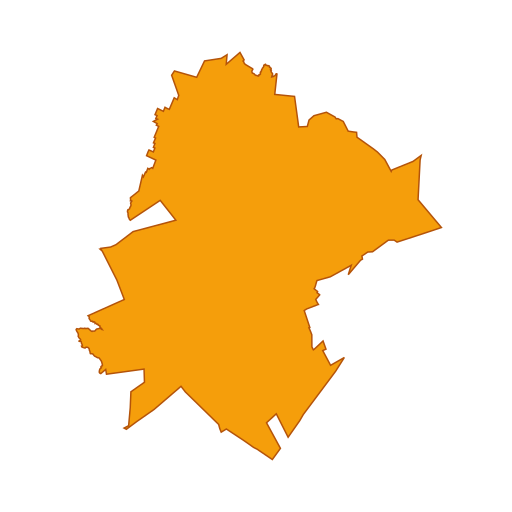 the district of Nuevo Ideal, Durango, Mexico, rotated 353°
{"feature_id": "50627088B12062769498923", "entity_name": "Nuevo Ideal", "entity_type": "district", "adm_level": 2, "iso_a3": "MEX", "parent_name": "Mexico", "parent_adm1": "Durango", "projection": "robinson", "projection_center": [-105.12, 24.837], "detail": "fine", "context": "isolated", "style": "filled", "palette": "amber", "viewbox_px": 512, "rotation_deg": 353, "n_neighbors": 0, "source": "geoboundaries", "source_scale": "gbopen_adm2", "svg_char_len": 5714}
<svg xmlns="http://www.w3.org/2000/svg" viewBox="0 0 512 512"><g transform="rotate(353 256 256)"><path d="M443.5,250.3L423.7,219.9L430.6,180.6L432.2,176.3L423.5,181.2L401.3,187.2L400.5,188.5L395.6,175.9L389.2,167.6L385.6,164.0L370.7,150.4L370.9,145.5L367.7,144.7L362.7,143.3L359.0,133.1L354.0,129.6L352.3,129.6L351.4,127.7L343.4,121.9L330.6,123.8L325.2,127.5L322.7,133.7L314.1,133.1L313.7,102.3L294.3,97.9L299.0,77.9L298.5,77.6L298.2,77.6L297.9,78.0L297.6,78.3L296.9,79.3L296.5,79.4L296.3,79.5L295.6,79.5L295.4,79.7L295.1,80.0L294.2,79.8L293.9,80.0L293.7,80.2L293.4,80.2L293.9,79.1L294.0,78.7L294.3,78.3L294.7,77.4L294.3,76.4L293.6,75.4L293.6,75.2L293.5,74.5L293.4,74.3L293.7,73.9L293.3,73.6L293.4,73.3L293.1,72.9L293.6,72.6L293.8,72.5L293.8,72.3L293.8,72.0L293.9,71.7L293.6,71.2L292.9,70.7L292.5,70.5L292.5,70.3L292.6,70.1L292.4,70.0L292.4,69.5L292.2,68.9L291.7,68.8L291.5,68.6L291.3,68.5L291.1,68.5L290.8,68.6L290.7,68.6L290.0,68.1L289.9,67.9L289.4,68.0L289.2,68.0L289.0,67.8L288.8,67.6L288.7,67.3L288.7,66.9L288.2,67.0L287.9,67.3L287.4,67.3L287.0,67.7L286.9,67.9L287.0,68.4L286.7,68.6L286.5,69.1L286.2,69.7L285.3,70.3L285.2,70.5L285.0,70.9L284.7,71.4L284.3,71.8L284.2,72.1L283.9,73.0L283.7,73.1L283.5,73.3L283.3,73.6L283.3,73.9L282.9,74.0L282.7,74.2L282.6,75.3L282.6,75.9L282.0,76.4L281.7,76.5L281.6,76.4L281.4,76.3L281.1,76.4L281.1,76.7L280.7,77.1L280.7,77.4L280.5,77.6L280.3,77.7L279.7,77.5L279.3,77.3L279.1,77.0L278.7,76.9L278.1,76.7L277.8,76.7L277.6,76.5L277.2,76.2L276.4,75.1L276.3,74.9L275.9,74.7L275.7,74.5L275.1,74.2L274.7,74.0L274.5,73.7L274.5,73.1L274.4,72.3L274.4,71.9L275.6,70.4L275.6,70.0L275.5,69.8L275.2,69.5L275.0,69.4L268.7,64.5L268.4,64.1L268.3,63.9L268.2,63.8L268.0,63.5L267.9,63.4L267.8,63.2L267.7,62.9L267.6,62.5L267.4,61.5L266.9,60.9L268.1,59.9L264.9,52.0L249.8,62.1L251.8,52.7L245.5,55.6L228.7,56.1L218.9,71.4L197.6,62.4L194.3,66.3L198.9,87.2L196.9,91.2L194.1,89.0L187.8,99.9L185.3,98.4L183.8,97.3L181.7,101.1L176.3,97.6L173.0,103.4L174.9,104.6L173.3,107.3L174.9,108.2L170.5,109.9L174.1,112.6L173.0,114.0L175.2,115.5L169.4,125.8L170.7,126.7L168.0,131.2L169.4,132.0L167.4,135.7L168.8,136.5L166.8,140.2L162.7,137.7L161.6,139.4L159.6,143.1L168.3,148.6L164.2,156.4L163.4,155.6L163.0,155.6L161.9,156.2L160.9,156.3L160.6,156.9L159.3,155.8L157.3,159.6L156.6,159.2L153.8,163.8L153.1,162.1L147.6,177.2L138.5,182.8L138.4,183.4L138.4,184.9L138.4,185.2L138.2,185.4L138.1,185.8L138.4,185.8L138.7,185.7L138.9,186.0L139.3,186.1L139.5,186.3L139.4,186.5L139.0,186.8L138.6,187.4L138.0,188.2L138.0,188.7L138.1,189.2L138.2,189.5L138.1,190.5L137.9,190.9L137.7,191.2L137.4,191.8L136.9,192.2L136.2,193.8L135.0,194.4L134.6,194.4L134.6,194.8L134.0,195.4L133.8,196.6L134.1,197.0L134.2,197.8L134.0,199.5L134.1,200.7L134.0,201.6L134.6,202.9L134.6,203.5L135.0,204.4L135.6,205.2L167.7,189.1L176.3,203.2L180.8,210.7L137.0,216.8L118.4,227.7L112.7,229.4L103.2,229.5L103.4,230.0L102.0,230.1L104.0,232.4L115.0,263.0L120.0,283.1L82.0,294.8L82.2,295.1L82.3,295.1L82.8,295.1L83.0,296.4L83.0,296.8L82.8,297.2L82.7,297.3L83.1,298.6L83.9,299.9L83.9,300.4L84.2,300.6L84.5,300.7L84.9,300.8L85.4,300.8L85.7,300.8L86.5,301.5L86.4,301.8L86.7,301.8L87.0,301.5L87.6,301.7L87.8,301.8L88.0,302.3L88.0,303.4L88.7,303.3L88.9,303.3L89.0,303.6L89.4,303.9L89.7,304.3L90.1,304.2L90.6,304.4L90.9,304.8L90.7,305.0L91.1,305.5L91.7,305.9L92.2,306.1L92.6,306.4L92.6,306.6L92.4,307.3L92.5,307.7L92.9,307.9L93.0,308.0L93.5,309.0L94.0,309.4L93.9,309.8L94.2,310.2L93.9,310.1L93.1,309.0L91.9,308.8L91.4,308.8L90.3,309.0L89.3,309.0L88.6,309.3L88.1,309.7L87.4,310.4L87.1,310.6L86.5,310.9L84.6,310.6L84.3,310.9L84.0,310.9L83.5,310.6L82.0,309.0L81.3,308.2L81.0,307.7L80.4,307.3L79.9,307.4L79.6,307.2L79.3,307.2L78.3,307.4L78.1,307.2L77.6,306.9L77.0,306.8L76.5,307.1L76.0,306.9L74.5,306.7L73.3,306.3L72.8,306.3L71.6,306.9L70.9,306.8L69.3,306.3L68.8,306.7L68.5,307.1L68.7,308.1L69.2,309.4L69.7,310.3L70.0,311.2L70.1,311.9L70.0,313.1L69.9,313.5L69.7,313.9L70.3,315.5L70.7,316.1L71.1,316.6L71.5,317.1L71.7,317.6L71.5,318.0L71.0,318.5L70.2,318.7L70.0,318.8L70.0,319.1L70.6,319.3L71.6,319.3L72.0,319.5L72.1,319.9L72.1,321.3L72.7,322.9L72.8,323.6L72.6,323.8L72.4,324.2L72.1,324.2L72.2,324.4L71.9,324.6L72.0,324.9L72.3,325.3L74.7,326.4L75.3,326.5L76.1,325.8L76.7,325.9L77.3,326.0L78.1,326.3L79.1,327.6L79.1,328.5L79.2,329.6L79.5,330.2L79.6,332.1L79.6,332.4L79.7,332.7L80.1,332.9L80.7,332.9L81.3,333.0L82.0,333.3L82.3,333.7L83.2,335.2L83.6,335.7L85.1,336.7L86.1,337.5L86.5,337.7L87.5,337.9L87.8,338.1L88.0,338.3L88.3,338.8L88.5,339.3L88.8,339.7L89.0,340.2L89.6,341.1L89.7,341.8L90.0,342.5L90.0,343.4L90.2,343.9L90.2,344.9L90.3,345.1L90.3,345.7L90.2,345.9L90.1,346.2L89.5,346.3L88.9,346.7L88.5,347.2L88.5,347.7L88.8,348.1L87.2,349.2L87.0,349.6L86.8,350.4L86.5,350.9L86.5,351.3L86.3,351.8L86.3,352.4L86.4,352.7L86.6,352.8L86.6,353.0L86.9,353.4L87.6,353.8L93.0,350.3L93.2,355.1L131.1,354.6L129.9,367.7L115.3,375.5L112.7,391.2L108.9,408.9L104.1,410.7L106.2,412.2L117.8,405.6L136.1,395.9L165.7,376.2L169.3,382.3L198.4,418.6L199.0,422.9L200.0,426.6L205.5,424.1L219.6,436.1L224.6,440.5L229.5,445.0L230.3,445.7L232.5,447.2L233.2,447.6L247.4,460.0L256.8,449.9L246.1,422.8L256.9,415.1L265.8,439.8L279.3,424.8L283.7,419.0L320.9,380.2L331.3,367.5L316.7,373.6L310.7,358.0L314.1,357.0L312.2,348.5L302.2,355.8L301.5,356.1L300.4,353.0L301.8,341.0L301.0,337.7L299.8,333.7L300.7,333.5L297.2,316.0L299.9,314.7L311.9,311.7L312.0,311.7L310.9,309.2L310.0,306.4L314.5,302.3L314.5,302.2L312.1,299.9L312.8,298.8L309.7,295.6L310.6,294.4L311.4,292.7L312.9,289.1L313.5,287.8L327.2,285.7L349.4,276.8L345.3,285.8L359.3,272.9L361.3,272.1L361.1,268.9L367.4,265.7L372.2,266.0L389.3,256.4L395.1,257.1L397.7,259.4L432.4,252.6L443.5,250.3Z" fill="#f59e0b" stroke="#b45309" stroke-width="1.5"/></g></svg>